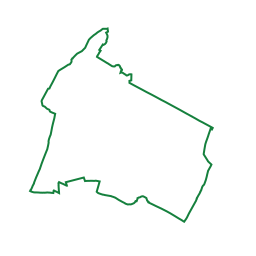 outline of Tamaseu, Bihor, Romania, rotated 17°
{"feature_id": "2599482B83424539586543", "entity_name": "Tamaseu", "entity_type": "district", "adm_level": 2, "iso_a3": "ROU", "parent_name": "Romania", "parent_adm1": "Bihor", "projection": "orthographic", "projection_center": [21.899, 47.224], "detail": "fine", "context": "isolated", "style": "outline", "palette": "green", "viewbox_px": 256, "rotation_deg": 17, "n_neighbors": 0, "source": "geoboundaries", "source_scale": "gbopen_adm2", "svg_char_len": 4982}
<svg xmlns="http://www.w3.org/2000/svg" viewBox="0 0 256 256"><g transform="rotate(17 128 128)"><path d="M75.6,212.0L75.4,210.6L75.2,209.9L75.3,209.6L75.4,209.4L76.3,209.6L76.7,209.7L77.0,209.7L77.7,209.8L78.5,209.9L79.0,210.0L81.1,210.4L80.6,209.0L80.1,207.9L79.5,206.2L78.9,204.7L78.5,203.4L78.4,203.3L78.4,203.2L78.0,201.9L77.8,201.5L77.6,201.1L77.9,199.9L78.4,200.0L81.2,200.4L81.4,200.4L81.8,200.4L86.2,201.1L86.4,201.0L84.4,198.0L100.2,188.3L102.4,191.3L102.6,191.2L103.3,190.9L103.9,190.7L109.0,189.0L110.3,188.7L111.6,188.3L112.2,188.0L112.6,187.8L116.5,187.4L116.5,187.6L116.6,191.4L116.7,198.1L118.0,198.8L118.8,198.9L119.1,199.0L121.7,199.1L123.4,199.1L123.8,199.0L124.7,198.9L125.4,198.9L130.9,198.2L132.0,198.1L132.4,198.2L132.8,198.2L134.5,198.2L135.1,198.3L135.8,198.3L136.1,198.4L136.4,198.4L140.3,199.5L144.1,200.3L147.0,200.8L147.5,201.1L150.0,201.2L151.1,200.8L152.0,200.5L153.1,200.2L153.5,199.9L153.8,199.7L154.8,198.9L155.6,198.2L155.8,197.9L156.4,196.8L156.6,195.7L157.6,195.6L157.7,195.1L157.7,194.4L157.8,192.9L157.7,192.8L157.6,192.3L158.0,192.0L158.5,191.4L159.2,191.1L159.9,190.6L160.3,190.1L160.7,189.7L161.5,189.2L162.0,189.0L162.6,188.9L164.3,189.2L166.0,189.6L166.1,189.8L167.0,191.0L167.5,191.8L169.4,192.7L169.3,193.2L174.6,194.0L177.0,194.4L179.7,194.8L179.9,194.8L180.4,194.9L181.3,195.0L181.8,195.1L182.4,195.2L183.5,195.3L183.9,195.4L188.4,196.2L189.5,196.4L193.3,197.2L198.5,198.5L203.1,199.7L206.2,200.4L207.2,200.7L208.3,201.0L209.1,201.2L210.3,197.5L210.6,196.1L211.3,191.7L214.1,178.6L214.3,177.8L214.3,177.0L214.5,175.9L214.5,175.3L214.3,175.2L214.4,174.4L214.5,174.3L214.6,174.0L214.8,173.1L215.0,172.0L215.3,170.9L215.4,170.3L215.6,169.9L215.6,169.4L215.7,169.0L215.8,168.7L215.9,167.6L216.0,167.1L215.9,167.1L216.2,166.0L216.1,165.8L216.2,165.0L216.2,164.1L216.2,163.1L216.3,162.4L216.3,162.2L216.5,161.4L217.2,160.1L217.3,159.9L217.4,159.1L217.6,155.3L217.6,154.5L217.5,151.6L217.3,149.1L217.2,146.9L217.1,145.5L217.2,145.2L217.7,142.8L218.2,140.6L218.4,139.1L218.5,138.6L218.2,138.4L216.9,137.8L215.5,137.1L214.3,136.5L213.8,136.0L212.8,135.1L211.5,134.0L210.0,132.7L208.7,131.6L208.3,131.2L208.0,130.9L207.3,125.9L206.7,121.0L206.7,118.5L206.9,114.7L207.0,112.1L207.0,110.7L207.2,105.2L207.2,104.6L208.7,104.9L208.8,104.3L208.9,103.8L209.0,103.4L209.0,103.1L207.0,102.7L202.0,101.7L198.5,101.0L197.7,100.8L196.9,100.7L194.1,100.2L189.8,99.2L186.5,98.5L178.8,96.9L171.9,95.4L159.1,92.8L156.2,92.2L151.7,91.4L144.9,90.0L140.8,89.2L135.2,88.2L130.3,87.2L121.5,85.5L116.2,84.4L115.6,82.5L117.2,81.5L115.6,75.7L115.3,75.7L114.1,76.1L113.4,76.4L113.0,76.9L112.5,77.5L112.0,77.9L111.4,78.2L110.9,78.1L110.2,77.7L109.5,77.6L108.7,77.3L108.0,77.2L107.0,76.8L106.1,76.7L105.6,76.8L105.1,77.1L104.7,77.4L104.7,76.6L104.6,76.0L104.6,75.6L104.8,75.3L105.2,74.7L105.3,74.3L105.1,73.8L104.1,73.5L103.6,72.7L102.9,72.5L102.7,71.9L102.3,71.4L101.7,70.9L101.1,70.6L100.6,70.4L100.4,70.6L100.1,70.9L99.4,70.8L99.0,71.1L98.1,71.6L97.9,71.9L97.3,73.0L96.5,73.3L95.2,73.5L94.6,73.5L94.3,73.4L90.7,72.4L90.4,72.3L89.4,72.0L89.0,72.0L85.3,71.0L83.6,70.6L83.3,70.5L82.1,70.2L80.9,69.9L79.7,69.6L77.5,69.0L77.5,68.9L77.5,68.4L78.4,65.1L78.4,64.4L78.6,63.8L78.8,63.5L79.2,62.1L77.7,61.7L78.0,60.8L79.5,55.5L80.2,55.7L81.2,54.7L81.5,54.3L82.1,52.8L82.2,51.3L81.9,51.0L81.7,50.5L81.9,49.2L81.9,47.4L81.5,45.9L80.8,44.9L79.2,43.2L80.7,41.7L79.6,39.3L79.4,38.9L79.3,39.0L79.1,39.4L78.8,39.4L78.4,39.4L77.5,39.7L75.0,40.5L74.3,41.3L73.4,42.7L71.9,44.3L70.8,45.6L69.7,47.3L68.9,48.3L68.1,49.3L66.6,51.7L65.9,52.8L64.8,55.0L64.4,57.9L63.9,61.3L63.6,63.8L61.4,68.0L58.7,70.7L57.6,71.8L56.4,74.0L54.9,77.0L54.8,77.6L54.4,77.7L54.3,78.0L54.1,78.8L53.9,79.1L54.0,79.4L54.4,80.3L54.6,81.2L54.4,82.3L54.0,83.2L53.8,84.0L53.6,84.2L52.4,84.9L49.5,88.4L46.0,92.3L44.7,93.9L44.1,97.1L43.3,101.9L42.5,106.4L41.6,110.9L41.3,113.2L40.1,113.8L39.8,115.2L39.1,118.7L38.3,122.7L37.5,126.6L37.5,127.6L38.8,129.9L39.6,131.4L40.1,131.7L40.8,131.8L42.1,131.9L43.2,132.4L44.1,132.9L44.8,133.2L45.3,133.3L46.9,133.5L47.5,133.6L47.9,134.1L48.4,134.9L48.7,135.1L49.3,135.2L50.7,135.4L54.2,135.7L54.7,140.4L54.8,142.7L54.9,145.1L55.0,146.9L55.2,149.6L55.7,154.0L56.0,157.1L55.8,158.7L55.7,161.1L55.7,162.2L55.9,164.0L56.3,165.0L56.4,165.3L56.7,167.9L57.0,172.0L56.8,174.0L56.5,177.6L56.1,182.9L55.8,187.8L55.8,188.7L55.7,191.8L55.7,192.8L55.4,195.0L55.3,195.6L55.1,197.7L54.6,202.1L54.3,206.0L54.2,207.1L54.2,208.3L54.3,208.4L54.3,208.6L54.1,209.4L54.1,209.7L54.0,210.0L53.9,210.4L53.9,210.5L53.7,211.5L53.7,212.0L53.7,212.4L53.6,212.7L53.6,213.1L53.3,215.0L53.3,215.4L52.9,215.9L52.9,216.0L52.9,216.5L52.8,216.9L53.3,217.0L54.6,217.1L54.9,217.1L56.0,217.1L56.4,217.1L57.5,216.9L58.1,216.8L58.4,216.6L59.6,216.3L60.7,216.0L62.0,215.7L63.0,215.5L63.7,215.3L64.3,215.1L64.9,215.0L65.6,214.7L66.6,214.4L66.9,214.3L67.1,214.3L68.1,213.9L68.4,213.8L68.9,213.6L69.4,213.3L69.9,213.2L70.3,213.1L70.8,213.0L71.9,212.7L73.6,212.4L75.6,212.0Z" fill="none" stroke="#15803d" stroke-width="2"/></g></svg>